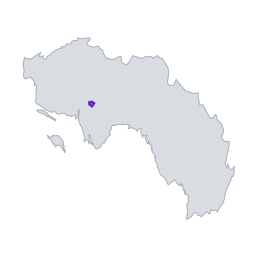 Arboga, Västmanland, Sweden (highlighted), rotated 93°
{"feature_id": "70781695B70233385943782", "entity_name": "Arboga", "entity_type": "district", "adm_level": 2, "iso_a3": "SWE", "parent_name": "Sweden", "parent_adm1": "Västmanland", "projection": "equal_earth", "projection_center": [15.804, 59.383], "detail": "fine", "context": "in_parent", "style": "filled", "palette": "violet", "viewbox_px": 256, "rotation_deg": 93, "n_neighbors": 0, "source": "geoboundaries", "source_scale": "gbopen_adm2", "svg_char_len": 4295}
<svg xmlns="http://www.w3.org/2000/svg" viewBox="0 0 256 256"><g transform="rotate(93 128 128)"><path d="M43.2,171.3L44.3,173.5L46.8,173.2L47.8,171.7L49.2,167.1L47.7,162.0L49.9,160.2L51.4,157.4L54.7,156.6L59.3,153.4L59.8,150.1L60.9,147.7L57.2,140.4L57.0,138.6L62.8,137.7L65.3,132.9L61.5,129.9L55.5,127.0L57.8,118.0L55.3,113.1L55.8,111.1L55.4,108.0L57.0,106.7L54.1,102.2L57.1,99.1L56.7,97.5L65.2,91.3L70.8,90.2L81.0,91.1L83.4,88.7L83.5,87.4L82.6,84.3L76.9,82.5L83.3,77.1L88.2,71.8L89.2,66.8L90.3,64.6L89.2,59.8L95.7,59.2L101.6,57.3L100.8,54.6L113.6,46.7L114.0,45.3L113.0,43.9L110.0,41.5L110.9,40.4L114.3,39.8L115.9,38.7L118.5,35.1L125.4,32.3L133.1,34.1L136.4,30.9L136.1,26.6L138.9,26.1L159.4,28.9L162.8,27.2L159.3,26.4L162.7,24.6L163.7,23.6L164.0,22.3L163.8,21.6L160.9,20.0L167.4,19.8L170.9,20.6L171.2,21.5L185.4,26.7L196.5,28.7L199.8,30.2L201.0,31.8L202.7,31.9L204.9,33.4L207.1,34.3L205.4,35.4L205.5,37.8L206.2,38.9L205.2,41.0L208.9,41.6L209.5,42.9L207.7,44.2L208.0,45.6L212.9,50.1L211.8,51.6L211.5,53.4L209.5,54.8L209.2,56.2L209.7,58.0L210.5,58.9L212.6,59.5L216.2,64.5L212.8,64.8L210.1,64.1L203.9,64.8L202.4,65.5L197.5,63.5L194.9,64.6L193.0,63.7L191.6,65.3L191.3,67.5L189.0,67.3L189.9,68.1L186.9,68.4L186.7,68.8L187.4,69.4L186.5,70.0L182.3,70.3L181.8,71.0L183.0,71.9L183.0,72.4L180.3,71.6L182.2,73.2L182.6,74.4L177.1,79.1L179.0,80.4L180.7,83.1L182.5,84.3L181.8,85.6L175.9,88.6L172.7,93.3L165.3,96.5L161.4,97.3L158.9,99.5L155.9,98.8L155.8,100.1L153.9,99.3L152.4,101.3L149.7,103.0L146.7,102.7L146.4,103.0L147.3,103.5L143.9,103.9L142.9,105.7L140.4,106.2L140.0,106.8L142.5,106.9L142.1,108.3L139.1,109.1L138.1,110.0L136.8,110.0L137.0,109.3L135.1,109.3L134.5,108.5L134.1,108.7L135.4,111.1L134.5,112.1L136.3,113.0L131.0,115.3L127.8,114.4L127.4,115.2L128.1,117.2L130.9,118.8L129.2,119.9L127.4,124.6L128.7,127.6L125.0,126.9L125.3,128.0L124.1,129.3L124.6,131.2L124.3,132.4L125.1,133.6L124.6,134.1L125.3,139.4L126.3,141.7L126.0,143.5L127.5,144.5L130.8,144.7L131.7,146.3L135.8,145.4L138.8,148.4L144.4,150.9L144.1,152.6L147.6,153.8L149.8,156.1L150.6,158.0L150.4,159.2L144.9,162.4L140.7,164.6L136.3,165.9L136.6,166.4L138.7,166.6L144.0,165.1L145.6,166.4L142.7,167.0L142.2,168.9L140.9,170.1L129.3,174.4L127.7,175.7L122.5,177.9L113.1,177.7L111.6,178.2L119.8,179.0L121.8,180.6L117.9,181.6L119.6,185.4L118.6,186.3L118.6,190.6L117.2,190.6L116.6,192.4L117.3,196.6L118.0,197.8L117.7,199.0L115.5,201.9L116.3,205.4L113.7,211.7L110.8,215.4L108.6,220.4L106.1,222.1L103.2,221.1L98.8,221.7L90.9,221.5L89.9,222.0L90.5,223.8L87.6,223.5L82.6,227.4L82.4,229.3L84.4,232.9L81.9,235.3L76.5,234.7L69.4,236.2L63.0,235.0L63.8,233.7L64.4,228.9L57.3,219.2L60.7,220.2L62.1,219.7L60.1,216.5L63.0,216.3L63.9,215.2L63.4,213.4L61.0,212.6L59.0,209.7L56.9,208.3L53.1,202.6L51.8,198.8L50.5,199.1L49.4,194.7L47.4,194.0L47.1,189.6L44.9,189.1L43.5,187.1L43.4,183.3L40.8,182.8L41.2,180.9L40.5,174.2L39.8,172.2L40.5,170.6L41.9,170.5L43.2,171.3ZM152.7,192.0L151.6,192.4L150.9,193.6L149.0,194.2L148.8,198.1L150.5,199.6L148.7,200.3L147.6,202.3L144.4,203.7L143.1,205.1L142.5,207.0L139.7,208.0L141.6,205.1L139.0,201.8L139.6,200.6L139.3,196.8L145.0,192.1L147.6,191.5L148.8,192.0L149.3,190.9L150.2,190.6L152.7,192.0ZM116.3,219.2L114.9,220.0L114.5,218.8L114.6,214.2L117.8,208.8L119.2,208.3L123.0,201.0L123.4,200.5L124.7,201.0L123.8,201.7L123.8,202.9L121.4,206.9L120.8,209.4L119.9,210.0L116.3,219.2ZM153.8,190.5L153.6,191.6L152.2,190.7L153.5,189.5L156.3,189.8L153.8,190.5ZM146.6,162.9L144.9,164.6L144.5,163.9L144.9,163.1L146.6,162.9ZM142.8,171.5L141.9,171.6L142.5,170.5L143.8,170.2L142.8,171.5Z" fill="#d9dde1" stroke="#a8b0b8" stroke-width="1"/><path d="M108.8,165.3L108.8,165.2L108.7,165.0L108.5,164.8L108.3,164.6L107.8,164.5L107.4,164.4L107.3,164.2L107.0,163.9L106.9,163.8L106.4,163.8L106.0,163.3L105.7,163.0L105.4,162.8L105.3,162.6L105.2,162.6L104.9,162.7L104.8,163.1L104.5,163.2L104.4,163.4L104.6,163.5L104.8,163.8L104.8,164.2L105.0,164.5L104.9,164.7L104.5,164.8L103.9,164.8L103.4,164.8L103.2,165.0L103.2,165.3L103.4,165.5L103.7,165.7L103.9,166.0L103.7,166.2L103.7,166.5L104.1,166.7L104.2,167.1L104.0,167.3L104.8,167.4L105.0,168.0L105.7,168.1L105.2,168.4L105.3,168.4L107.1,167.9L107.2,167.0L107.0,166.8L107.1,166.6L107.5,166.4L107.9,166.0L108.0,165.7L108.4,165.6L108.8,165.5L108.8,165.3Z" fill="#8b5cf6" stroke="#5b21b6" stroke-width="1.5"/></g></svg>